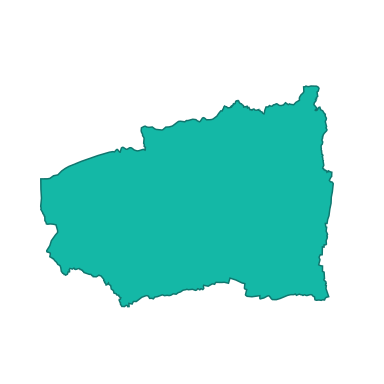 the district of Lam Thap, Nakhon Si Thammarat, Thailand, rotated 99°
{"feature_id": "78962969B74032961244175", "entity_name": "Lam Thap", "entity_type": "district", "adm_level": 2, "iso_a3": "THA", "parent_name": "Thailand", "parent_adm1": "Nakhon Si Thammarat", "projection": "orthographic", "projection_center": [99.32, 8.036], "detail": "fine", "context": "isolated", "style": "filled", "palette": "teal", "viewbox_px": 384, "rotation_deg": 99, "n_neighbors": 0, "source": "geoboundaries", "source_scale": "gbopen_adm2", "svg_char_len": 5917}
<svg xmlns="http://www.w3.org/2000/svg" viewBox="0 0 384 384"><g transform="rotate(99 192 192)"><path d="M283.4,88.3L279.1,81.3L277.9,78.3L277.5,75.5L276.6,73.9L277.7,72.7L276.1,70.1L276.4,68.8L276.4,67.4L276.8,66.2L275.8,64.7L276.3,63.2L276.3,62.3L274.9,59.3L274.7,57.7L276.1,55.9L276.4,54.6L279.2,53.7L279.5,52.3L278.8,49.7L278.8,47.4L277.8,45.7L278.1,44.6L277.8,44.1L276.4,43.9L275.1,43.0L274.0,40.6L266.4,44.6L263.3,44.7L263.2,45.5L261.6,45.6L261.4,45.2L259.8,45.7L258.2,48.0L257.4,48.0L256.8,47.6L250.5,49.0L250.0,50.7L244.7,51.5L244.7,53.5L244.1,55.5L238.9,55.0L236.6,56.3L236.1,56.2L233.8,55.4L233.8,53.8L233.6,53.6L225.8,54.6L225.8,53.0L223.5,53.2L223.2,51.6L222.5,51.1L219.0,51.9L216.0,51.2L215.1,51.7L214.5,51.4L213.7,52.0L212.6,51.5L209.7,53.4L205.7,53.5L205.5,54.4L202.2,55.4L201.9,53.7L197.9,53.7L194.0,53.0L187.3,53.2L181.4,52.9L175.3,53.6L169.9,53.4L161.7,53.8L160.5,54.8L160.2,55.5L160.3,56.8L159.0,58.2L155.6,57.1L154.9,56.5L150.6,57.0L150.5,58.4L149.7,60.7L150.0,61.0L150.3,60.4L150.6,60.4L150.8,61.3L151.3,61.8L150.7,62.0L149.9,62.9L149.6,63.6L149.9,63.9L149.4,64.6L149.3,65.3L148.8,65.7L148.5,65.6L148.1,66.6L147.2,66.6L145.0,66.0L141.1,67.3L140.4,67.2L139.5,68.0L138.1,68.1L136.6,68.9L135.6,68.4L134.8,68.8L134.3,69.8L133.3,69.8L132.3,70.3L131.2,70.3L130.2,71.0L128.7,71.1L127.3,71.6L125.4,71.6L124.3,70.8L122.1,70.7L120.9,71.6L120.0,71.8L118.8,71.5L118.3,71.7L118.0,71.4L116.7,71.8L116.2,71.3L115.3,71.4L113.4,70.6L110.4,68.6L109.4,68.4L107.7,69.7L106.4,69.3L101.8,71.3L100.8,71.3L99.8,70.8L98.1,70.8L96.9,71.8L95.4,72.5L94.3,72.5L93.9,73.4L91.3,75.7L90.7,77.7L88.2,79.0L88.5,79.8L89.2,80.3L91.7,81.3L92.2,82.2L92.1,83.0L91.4,83.0L90.4,82.1L89.4,82.1L86.6,85.3L84.6,85.1L83.1,84.1L82.1,83.8L81.1,84.5L80.5,83.5L79.3,83.9L77.9,82.8L73.9,84.1L73.4,84.0L72.6,83.1L69.7,82.8L68.7,83.7L68.0,85.4L68.7,91.1L69.7,93.2L69.8,95.0L69.5,96.0L70.3,96.7L70.7,98.2L75.5,97.2L77.1,98.0L78.9,99.5L81.6,100.6L82.9,100.6L84.5,100.2L87.2,103.4L89.9,105.2L90.0,108.4L89.7,109.5L90.7,110.6L89.2,113.6L91.7,115.3L92.7,117.5L92.8,119.5L91.7,121.6L91.7,122.6L92.6,123.7L93.2,125.2L94.7,126.3L94.9,127.6L94.5,129.0L96.1,130.2L96.4,132.2L100.0,132.9L102.3,132.9L103.6,133.2L103.0,134.7L102.1,135.2L101.6,137.3L100.8,137.6L100.8,139.1L100.2,139.1L101.3,141.4L101.1,142.9L100.4,143.6L100.5,144.5L101.8,145.6L101.4,146.2L101.7,147.5L99.5,149.1L100.3,150.3L98.7,150.8L98.9,151.6L99.5,152.2L99.4,152.7L100.0,154.3L98.6,154.7L97.9,156.2L97.2,156.9L97.1,157.8L96.3,159.3L94.9,160.0L94.4,160.9L95.1,161.6L95.0,162.3L95.4,162.4L95.6,163.0L97.9,163.3L98.5,164.3L98.3,164.7L98.9,165.1L100.1,165.2L100.5,166.1L101.3,166.0L101.4,166.5L101.7,166.2L102.1,166.5L101.9,167.1L102.6,167.4L103.3,169.7L102.4,171.3L102.4,172.3L102.0,173.3L103.2,173.9L105.0,174.0L105.4,174.5L107.2,174.9L107.4,176.3L110.2,177.9L113.2,179.3L116.5,182.5L117.2,183.6L117.8,185.5L118.4,189.0L117.0,191.2L116.8,192.5L117.4,193.3L120.7,194.8L121.5,195.6L120.8,198.0L119.9,199.5L120.0,202.6L122.0,207.0L122.3,208.7L123.8,210.1L123.9,214.5L124.3,216.1L124.9,216.9L129.9,221.7L131.3,224.7L132.0,228.0L135.1,230.6L135.5,231.5L135.8,237.4L135.4,238.7L134.0,241.4L134.9,244.7L134.9,246.9L134.3,248.4L134.6,249.4L136.5,252.0L139.5,251.8L140.9,251.2L142.6,249.9L144.1,249.6L145.7,248.1L146.7,247.7L151.4,247.4L152.6,246.5L154.4,246.4L155.2,245.0L156.3,245.2L156.9,244.8L158.0,244.9L157.5,246.8L159.5,250.9L160.0,252.6L159.6,255.5L158.1,258.2L157.8,259.3L158.1,260.6L160.0,262.8L160.0,264.0L158.7,266.8L158.8,267.8L159.6,268.6L163.9,269.2L163.9,269.8L161.7,272.2L161.7,272.8L162.4,273.5L164.5,274.8L164.5,276.5L165.6,279.8L170.7,290.6L179.0,306.0L186.0,317.6L188.5,320.8L191.6,324.0L196.1,327.2L197.6,331.3L200.8,334.5L201.6,336.9L202.7,343.4L213.2,341.6L221.7,339.7L229.8,339.2L231.6,338.5L232.8,338.6L235.9,336.1L236.7,335.9L237.4,334.9L238.9,334.2L239.1,333.6L243.3,332.8L244.7,331.5L246.3,330.8L246.4,329.6L245.7,327.0L245.5,324.1L245.7,321.2L251.1,318.7L253.0,318.4L255.7,320.1L262.1,323.3L267.2,324.0L272.6,326.3L273.3,326.2L274.0,325.6L273.9,324.6L274.5,322.5L275.3,322.2L278.2,322.3L278.3,321.7L278.7,321.1L278.8,320.3L279.6,319.4L279.5,318.5L281.2,316.9L282.6,314.8L284.5,313.2L285.3,310.9L287.2,309.8L290.7,308.7L292.5,307.0L292.6,306.0L293.5,305.4L293.4,304.6L293.9,303.8L292.7,302.2L290.2,301.8L290.0,300.5L289.0,300.5L288.2,301.2L286.6,300.6L286.8,297.9L285.8,297.0L285.8,296.1L286.6,295.7L286.7,294.7L285.5,292.5L285.2,291.0L286.1,290.4L286.0,289.2L286.5,288.6L286.5,287.9L287.3,287.5L287.6,286.6L288.4,286.2L289.4,280.6L289.2,278.9L290.3,277.6L290.4,276.8L291.1,276.4L290.7,273.2L288.7,270.9L289.1,269.6L289.0,268.9L292.1,265.4L293.4,265.3L294.2,264.2L295.0,264.2L296.2,262.8L297.3,262.3L296.7,261.3L295.0,260.3L296.2,259.8L297.1,257.7L300.4,256.6L301.7,254.2L304.1,253.2L304.3,251.0L305.4,250.3L305.5,248.1L306.2,248.0L306.8,247.3L307.4,246.5L307.5,245.8L309.1,246.0L309.4,247.0L310.1,247.1L312.1,245.9L312.6,245.3L313.8,245.2L314.5,244.8L314.7,244.4L316.0,243.4L315.7,240.7L314.6,239.8L314.2,239.0L314.3,238.0L315.3,237.5L315.0,236.2L311.9,236.9L312.0,233.6L310.1,233.1L309.2,232.4L308.9,229.9L303.8,225.1L301.6,221.2L301.4,220.1L301.7,218.8L303.7,217.2L303.3,215.1L303.6,213.5L301.5,212.2L300.8,209.8L298.2,205.2L298.7,202.9L297.9,200.4L297.9,198.4L297.3,196.8L295.5,194.6L295.4,191.6L293.7,190.0L292.4,187.6L290.4,185.5L289.4,182.7L288.9,181.9L289.1,180.2L288.0,176.3L288.6,173.2L288.1,172.1L286.6,171.2L286.7,170.3L287.4,169.3L287.2,168.7L286.1,168.1L286.1,167.4L286.7,166.6L286.6,166.0L285.4,165.3L283.4,166.0L282.3,165.9L282.5,161.3L279.9,158.0L279.5,157.1L279.6,155.2L278.5,154.9L277.5,154.2L276.7,148.4L276.1,146.1L276.4,141.7L271.1,141.0L272.0,135.1L274.0,128.3L274.2,125.5L278.8,125.2L279.5,124.6L279.8,122.7L285.1,123.1L285.5,122.9L286.4,121.3L286.1,116.4L283.8,108.8L286.6,108.3L286.9,107.9L285.4,104.4L283.0,101.3L282.5,100.1L282.8,99.2L285.1,96.9L285.7,95.7L285.1,91.8L283.4,88.3Z" fill="#14b8a6" stroke="#0f766e" stroke-width="1.5"/></g></svg>